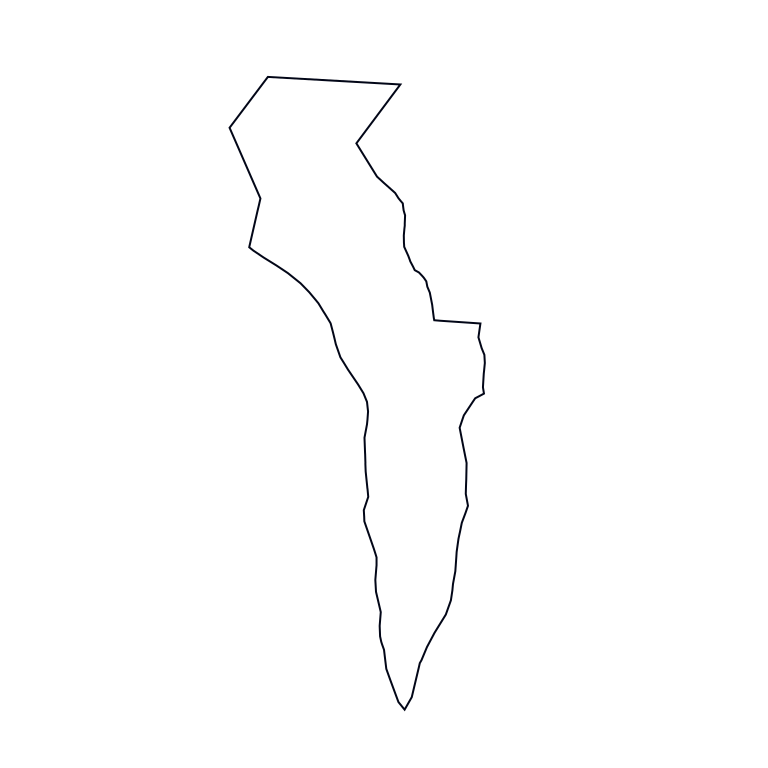 Au Tabor Hill, Anse-la-Raye, Saint Lucia (Natural Earth projection), rotated 79°
{"feature_id": "8701671B64289292392873", "entity_name": "Au Tabor Hill", "entity_type": "district", "adm_level": 2, "iso_a3": "LCA", "parent_name": "Saint Lucia", "parent_adm1": "Anse-la-Raye", "projection": "natural_earth1", "projection_center": [-61.035, 13.945], "detail": "fine", "context": "isolated", "style": "outline", "palette": "ink", "viewbox_px": 768, "rotation_deg": 79, "n_neighbors": 0, "source": "geoboundaries", "source_scale": "gbopen_adm2", "svg_char_len": 1974}
<svg xmlns="http://www.w3.org/2000/svg" viewBox="0 0 768 768"><g transform="rotate(79 384 384)"><path d="M707.6,425.9L696.7,416.5L668.0,403.5L664.8,402.1L662.4,400.0L650.4,392.0L637.8,381.8L622.1,367.3L611.3,360.9L609.1,359.6L599.5,356.2L597.4,355.6L593.4,354.4L581.4,349.7L567.2,345.9L562.6,344.7L550.1,340.4L546.8,339.0L543.8,337.7L535.1,334.1L526.3,328.7L519.6,324.8L507.5,324.7L499.5,322.9L493.1,321.4L477.3,318.0L461.6,318.1L457.1,318.1L441.4,318.1L433.8,313.8L430.0,311.6L418.4,300.2L415.4,297.2L414.1,292.8L412.5,287.7L406.1,287.5L392.9,284.1L390.0,283.2L382.6,281.0L374.5,279.9L367.4,281.3L361.2,281.9L356.2,282.4L344.7,278.4L343.0,277.8L332.7,316.5L331.0,322.5L328.7,322.5L322.4,322.1L315.5,321.6L303.0,321.6L296.8,322.9L291.3,322.9L288.3,324.2L287.0,324.8L284.8,326.1L281.2,328.4L278.1,332.1L274.6,333.0L270.3,334.3L268.7,334.8L267.1,335.0L262.9,335.7L253.2,338.0L251.1,337.7L249.3,337.5L241.9,336.2L235.3,334.3L232.5,333.4L230.4,333.0L222.4,331.1L220.7,331.3L217.3,331.6L212.6,331.3L210.3,331.1L207.5,332.7L204.5,334.3L198.6,336.6L186.8,345.6L179.1,351.3L142.5,365.2L93.1,310.8L82.8,351.3L60.4,439.4L103.0,486.7L127.6,481.2L178.3,469.9L185.1,472.9L189.7,475.0L223.1,489.8L224.1,490.2L228.2,486.7L237.0,477.9L247.2,466.9L256.8,457.2L269.2,446.7L277.3,441.4L279.6,439.9L283.4,437.8L292.2,433.0L300.9,429.8L304.7,428.3L313.7,425.0L314.5,424.8L324.0,424.2L330.2,423.9L335.7,423.7L349.5,421.7L355.2,419.5L363.0,416.6L379.6,409.5L389.2,405.9L394.3,404.9L398.3,404.1L408.0,404.9L416.1,407.1L420.4,408.4L433.0,413.4L447.8,415.7L449.3,415.9L457.9,417.3L458.7,417.5L466.5,418.7L482.1,420.1L482.9,420.2L483.8,420.2L491.8,421.0L504.0,427.9L510.7,428.8L515.1,429.5L543.9,425.4L549.9,424.7L552.8,424.4L560.5,425.9L561.9,426.3L574.7,429.9L586.5,431.5L594.1,431.2L607.3,430.7L620.6,434.4L631.0,436.0L636.4,435.9L639.0,435.6L644.9,434.7L655.7,435.5L664.1,436.1L675.1,434.4L691.1,431.8L699.0,430.5L706.5,426.5L707.6,425.9Z" fill="none" stroke="#020617" stroke-width="2"/></g></svg>